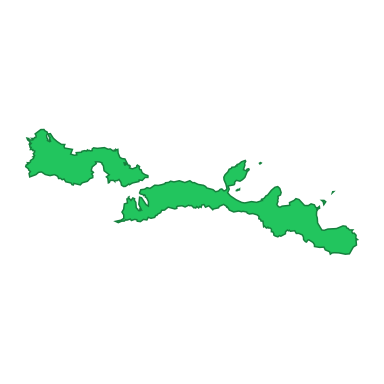 Donggala, Sulawesi Tengah, Indonesia (Mercator projection), rotated 92°
{"feature_id": "22746128B11403753934380", "entity_name": "Donggala", "entity_type": "district", "adm_level": 2, "iso_a3": "IDN", "parent_name": "Indonesia", "parent_adm1": "Sulawesi Tengah", "projection": "mercator", "projection_center": [119.813, -0.351], "detail": "fine", "context": "isolated", "style": "filled", "palette": "green", "viewbox_px": 384, "rotation_deg": 92, "n_neighbors": 0, "source": "geoboundaries", "source_scale": "gbopen_adm2", "svg_char_len": 6093}
<svg xmlns="http://www.w3.org/2000/svg" viewBox="0 0 384 384"><g transform="rotate(92 192 192)"><path d="M239.3,25.8L234.2,26.4L233.8,24.9L232.4,26.7L229.5,26.5L227.4,28.5L227.7,29.9L226.7,30.7L225.3,30.8L224.3,30.0L224.4,33.4L222.9,34.7L222.8,35.7L220.9,37.0L220.6,39.9L223.5,46.3L224.3,55.0L225.7,58.5L225.5,60.9L218.6,65.4L213.6,65.9L211.0,66.8L207.1,66.8L205.8,66.1L205.1,66.8L204.1,66.6L204.3,65.8L203.4,66.1L203.1,67.9L200.6,69.2L199.7,72.6L201.5,75.2L201.6,79.0L195.8,84.8L195.0,87.9L196.8,89.6L199.2,94.2L201.9,93.8L203.0,101.5L204.2,103.5L203.5,105.3L201.4,106.8L198.4,105.7L197.1,106.2L195.5,105.6L193.3,106.0L191.9,103.5L189.4,102.9L185.4,104.4L183.6,106.5L184.4,109.3L187.5,112.7L192.6,116.4L193.2,117.9L195.7,119.6L196.6,121.3L197.7,121.3L197.0,122.3L198.5,122.7L200.1,127.1L199.5,132.2L201.1,138.9L200.7,142.0L198.3,147.5L194.5,153.6L191.5,156.4L187.8,154.9L184.7,156.1L183.4,150.4L182.3,149.6L180.9,149.8L178.8,148.1L179.5,144.4L177.9,142.0L175.6,139.7L169.8,137.6L167.8,135.7L166.8,136.1L167.2,137.7L168.9,138.6L167.9,141.4L163.3,140.1L161.7,140.5L159.4,139.4L158.6,139.9L160.1,143.6L162.3,146.0L163.0,148.0L164.3,148.0L164.4,149.2L165.5,150.0L165.9,153.1L166.9,153.4L168.0,155.7L170.6,156.8L173.5,159.5L176.1,160.7L178.7,160.4L182.9,158.4L187.2,157.2L188.4,157.6L189.6,159.3L189.7,160.3L187.9,162.3L188.3,163.8L190.1,165.5L190.9,168.5L188.9,171.1L187.4,177.6L186.1,178.5L184.9,180.8L184.2,186.1L182.5,190.1L182.7,191.7L180.8,194.5L182.8,199.5L181.2,205.1L182.6,210.4L181.9,213.8L183.2,215.6L183.7,218.9L184.6,219.3L185.7,222.4L186.6,225.9L186.5,229.5L189.9,234.1L189.2,237.1L190.9,239.6L191.5,243.2L194.8,244.4L195.7,243.6L196.4,240.7L197.2,240.2L196.5,239.3L197.2,238.6L198.7,238.5L199.5,237.1L203.1,235.2L207.6,235.1L206.3,237.4L199.5,242.2L199.0,244.2L206.2,244.7L211.6,242.0L211.1,243.5L212.4,243.0L212.5,244.6L209.6,247.2L204.3,247.8L202.3,249.3L200.0,249.1L200.7,249.3L200.0,250.9L202.6,252.7L199.8,255.2L199.2,255.0L199.4,255.4L201.1,255.8L201.3,256.8L205.2,256.1L206.3,259.2L211.6,259.7L214.5,261.3L217.3,259.4L220.7,259.3L222.6,261.9L224.0,267.4L225.2,264.6L223.6,261.2L223.4,258.6L222.0,257.2L222.4,256.2L221.2,252.7L222.6,251.6L221.4,248.5L221.6,246.2L223.1,245.7L223.4,242.5L221.1,239.6L221.5,236.1L218.8,234.8L219.7,232.1L218.7,228.4L216.7,227.5L216.6,226.3L215.2,225.4L213.7,222.6L211.4,221.7L211.0,218.7L208.0,215.3L209.5,208.6L208.9,206.6L207.4,206.8L206.7,206.0L206.1,201.4L207.2,198.4L205.3,194.9L205.8,193.8L205.5,192.1L207.8,189.5L207.4,188.6L207.9,187.7L206.4,186.7L207.7,184.8L206.2,183.8L207.0,182.3L204.7,181.8L204.1,179.7L206.7,178.0L205.2,174.7L209.0,170.6L208.2,170.1L206.9,164.9L205.4,164.3L203.3,159.9L205.6,156.3L206.1,156.6L206.7,155.3L208.7,154.1L210.5,149.6L209.4,144.6L210.0,141.8L209.5,140.5L210.1,136.6L211.1,136.1L212.0,133.9L211.4,130.5L212.6,126.0L214.1,124.2L216.4,124.3L217.0,122.5L218.6,122.0L218.7,120.1L224.2,119.2L223.6,118.4L225.4,116.4L224.5,114.9L225.3,114.6L225.3,112.5L226.4,111.3L228.9,111.3L229.0,109.9L230.6,108.8L232.2,108.7L233.0,107.4L233.8,104.6L232.5,103.0L233.1,101.7L230.5,97.2L228.4,97.1L226.7,95.4L227.4,94.3L226.8,93.3L227.8,92.4L227.1,88.0L229.8,86.3L229.6,83.9L231.0,80.3L233.0,79.1L235.7,78.8L237.7,76.9L238.0,75.8L236.3,74.8L235.7,73.6L238.2,69.3L240.3,67.8L242.2,67.7L242.9,62.5L242.5,58.2L245.2,56.8L246.9,52.4L249.3,51.6L248.0,49.9L247.7,47.8L247.7,43.2L248.8,36.6L248.3,32.5L241.4,28.9L239.3,25.8ZM188.9,260.5L188.7,258.7L186.3,255.5L186.9,254.7L185.1,251.9L183.4,245.4L181.8,245.2L182.2,242.2L179.1,239.4L179.0,236.6L177.8,236.5L177.1,236.7L176.3,239.5L174.5,242.5L171.5,243.7L171.4,245.0L169.8,245.7L168.4,245.3L167.0,247.5L167.7,248.1L169.1,248.1L170.9,252.2L170.2,255.3L168.3,254.7L167.5,255.4L167.8,256.4L166.4,257.3L166.8,258.5L166.4,259.3L167.4,259.7L167.3,260.3L165.2,260.9L165.3,260.0L165.6,259.7L165.4,260.2L165.9,260.2L165.5,259.4L166.5,258.5L165.8,257.7L161.3,260.2L161.0,263.2L159.9,265.3L155.7,267.2L152.0,267.6L152.6,269.0L152.1,269.6L153.1,269.7L152.9,270.5L153.5,270.1L153.7,272.2L151.8,275.2L152.2,277.4L150.7,281.0L151.7,288.1L151.3,291.9L152.6,293.3L154.1,293.2L154.5,295.0L153.9,296.4L154.4,297.3L153.6,298.0L154.8,299.0L154.4,300.6L155.1,303.4L156.1,303.8L156.7,309.1L158.9,308.4L159.4,311.0L158.3,314.6L153.6,313.0L152.5,320.9L150.8,321.5L149.0,320.8L149.0,324.2L146.3,328.6L143.2,332.4L138.6,335.6L138.8,337.1L139.9,337.4L141.9,336.8L142.4,335.8L145.2,336.3L145.1,335.5L146.2,335.1L146.7,336.0L145.6,338.3L144.2,337.9L142.8,339.0L140.6,339.3L138.6,338.5L137.2,338.8L135.9,341.2L134.7,342.1L134.9,345.3L139.4,350.8L141.2,349.7L143.0,350.0L143.1,351.3L144.1,351.8L144.1,353.7L144.8,352.6L145.5,352.9L145.7,356.2L145.2,357.0L144.3,356.9L143.9,358.8L145.7,358.0L147.7,355.4L148.8,355.9L149.0,354.4L150.0,355.1L149.7,356.8L150.3,356.0L153.1,355.3L153.1,354.3L155.2,355.0L155.1,352.6L156.2,352.5L156.5,350.6L157.8,350.7L159.3,352.0L161.1,350.6L162.3,352.1L162.5,351.2L164.1,351.7L166.2,354.6L167.5,354.5L168.8,355.9L167.8,356.3L168.7,356.4L168.5,357.6L170.2,357.2L170.8,358.7L172.5,359.1L174.5,356.3L175.7,356.0L177.2,354.2L179.1,355.5L182.6,354.7L180.1,348.6L177.7,346.0L177.2,343.1L179.6,339.3L180.6,334.5L179.5,330.4L179.8,329.1L181.0,326.7L183.2,325.8L183.0,323.7L184.3,322.2L183.5,320.4L186.2,318.5L187.2,313.3L188.9,312.1L189.1,310.8L187.5,310.3L188.8,303.9L186.6,302.0L185.0,296.9L182.2,294.5L181.1,291.7L179.0,291.7L177.5,293.0L175.9,291.2L174.8,292.2L174.8,293.2L173.6,293.4L170.4,292.6L167.0,288.7L165.3,289.5L165.1,285.8L166.0,283.0L167.0,283.0L168.8,281.5L173.8,280.6L177.7,275.3L179.9,278.1L181.1,276.6L185.8,275.9L185.3,274.9L183.3,274.2L183.1,270.9L184.0,269.8L183.6,269.9L183.1,266.8L182.0,265.4L184.8,263.4L187.6,262.7L188.9,260.5ZM197.1,58.0L195.8,59.7L195.9,62.1L197.1,60.6L200.0,59.8L197.1,58.0ZM204.5,65.3L203.8,63.9L202.0,64.2L203.2,65.6L204.5,65.3ZM187.9,51.7L186.7,50.5L186.8,51.4L187.9,51.7ZM161.6,125.1L161.1,124.3L160.6,123.8L160.2,124.6L160.9,125.6L161.6,125.1ZM188.2,144.6L187.4,144.6L188.6,145.8L188.2,144.6ZM189.0,147.2L189.0,146.6L188.5,146.3L188.9,147.2L188.3,147.0L188.7,147.6L189.0,147.2Z" fill="#22c55e" stroke="#15803d" stroke-width="1.5"/></g></svg>